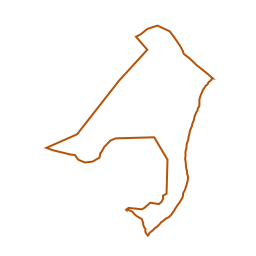 Malgretoute, Soufrière, Saint Lucia (Albers equal-area conic projection), rotated 186°
{"feature_id": "8701671B92996832063401", "entity_name": "Malgretoute", "entity_type": "district", "adm_level": 2, "iso_a3": "LCA", "parent_name": "Saint Lucia", "parent_adm1": "Soufrière", "projection": "albers", "projection_center": [-61.062, 13.843], "detail": "fine", "context": "isolated", "style": "outline", "palette": "amber", "viewbox_px": 256, "rotation_deg": 186, "n_neighbors": 0, "source": "geoboundaries", "source_scale": "gbopen_adm2", "svg_char_len": 3453}
<svg xmlns="http://www.w3.org/2000/svg" viewBox="0 0 256 256"><g transform="rotate(186 128 128)"><path d="M86.2,64.2L85.7,61.3L87.0,58.0L89.3,55.6L98.1,56.0L103.3,50.3L105.6,48.6L115.4,48.6L119.0,48.6L121.3,46.6L120.7,46.1L120.7,46.3L120.1,47.3L118.4,46.4L118.0,46.2L117.2,46.0L115.5,45.5L113.8,44.2L112.7,43.1L111.7,42.4L110.4,41.5L109.5,41.0L108.7,40.7L107.5,40.1L107.1,40.0L104.9,38.9L104.1,37.6L103.9,37.1L102.9,35.1L102.9,33.7L101.4,30.7L100.8,30.2L100.3,29.9L100.0,28.1L100.1,27.9L99.9,27.5L99.9,26.6L99.1,25.2L97.1,23.1L96.7,23.6L96.3,24.1L96.2,24.4L96.1,24.7L96.0,25.1L95.9,25.6L95.7,25.8L95.3,26.3L94.8,26.8L94.4,27.2L94.3,27.3L93.7,27.8L93.4,28.1L93.2,28.4L92.7,28.8L92.4,29.2L92.1,29.6L91.7,30.0L91.4,30.4L91.0,30.9L90.8,31.3L90.6,31.5L90.2,31.7L90.0,31.8L89.8,32.0L89.4,32.3L89.1,32.6L88.8,33.0L88.5,33.3L88.2,33.6L87.7,34.2L87.5,34.5L86.9,35.1L86.4,35.9L86.0,36.3L85.8,36.7L85.3,37.6L85.0,37.9L84.2,38.6L83.2,39.4L82.5,40.2L81.6,41.1L81.0,41.7L80.5,42.1L79.6,42.6L78.9,43.1L78.1,43.5L77.7,44.0L77.2,44.6L76.5,45.5L75.9,46.4L75.4,47.2L74.8,48.2L74.6,48.7L73.6,50.5L73.0,51.8L72.2,53.4L71.0,55.9L70.4,56.9L69.7,58.1L69.2,59.0L68.3,60.7L67.4,62.6L66.7,64.2L66.4,65.2L66.2,66.2L66.2,67.1L66.4,68.2L66.4,68.6L66.2,69.4L66.0,69.7L65.8,70.4L65.1,71.7L64.6,73.2L64.5,73.7L64.5,74.8L64.4,75.3L64.1,76.1L63.9,76.4L63.9,77.1L63.8,77.6L63.8,78.3L63.7,78.7L63.6,79.3L63.3,80.4L63.3,80.8L63.1,81.5L63.2,82.1L63.2,82.9L63.2,83.2L63.1,83.6L63.1,84.2L63.2,84.8L63.3,85.6L63.5,86.7L63.8,87.4L64.1,87.9L64.3,88.2L64.4,88.9L64.6,90.3L64.8,91.0L64.8,91.4L65.1,92.0L65.3,92.5L65.5,92.7L65.5,93.2L65.8,93.8L66.1,95.0L66.3,95.9L66.5,96.4L66.6,97.1L66.6,97.4L66.6,97.9L66.8,98.7L67.3,100.9L67.5,101.7L67.6,102.0L67.7,102.3L67.8,102.7L67.9,103.2L68.0,103.6L68.0,104.2L68.0,104.9L67.9,105.7L67.9,106.4L67.9,106.8L68.0,107.4L68.0,107.8L68.2,108.5L68.3,109.7L68.3,110.4L68.3,111.2L68.1,112.1L68.1,112.6L67.9,113.5L67.8,114.8L67.8,115.7L67.9,116.6L68.0,117.4L67.9,118.0L67.9,118.5L67.6,119.4L67.6,119.8L67.3,121.1L66.9,122.3L66.8,123.6L66.8,124.0L66.9,124.7L66.8,125.7L66.6,126.9L66.4,127.9L66.5,128.1L66.4,128.7L66.3,129.6L66.2,129.9L66.2,130.4L66.1,131.6L65.8,132.8L65.4,134.1L65.2,134.9L64.8,136.0L64.5,137.3L64.5,138.3L64.4,139.3L64.0,140.5L63.6,141.8L63.4,142.3L63.4,143.0L63.2,144.0L63.2,144.8L63.1,145.6L62.9,146.3L62.8,146.6L62.8,147.1L62.7,147.6L62.5,148.1L62.5,148.4L62.2,149.0L62.0,149.8L61.9,150.2L61.2,151.7L61.1,152.0L60.8,152.7L60.7,153.5L60.6,154.4L60.6,154.7L60.4,155.3L60.2,155.8L59.9,156.1L59.7,156.6L59.5,157.1L59.4,157.5L59.3,158.1L59.5,158.9L59.6,159.8L59.5,160.4L59.6,160.8L59.8,161.2L59.8,161.8L60.0,163.2L59.9,163.8L59.8,164.3L59.7,165.5L59.5,166.3L59.2,167.8L59.0,168.8L58.5,170.3L58.0,171.6L57.7,172.2L57.8,172.5L57.7,172.9L57.4,173.8L57.1,174.3L56.5,175.4L55.8,176.9L55.4,177.6L55.2,178.1L54.4,178.8L53.7,179.5L53.5,179.8L53.2,180.4L53.1,180.9L52.9,181.6L52.5,182.2L52.1,182.4L51.5,182.9L51.3,183.2L50.9,183.8L50.5,184.3L50.2,184.5L49.9,184.8L49.9,185.3L49.9,185.7L49.8,185.9L49.4,186.2L49.2,186.2L48.9,186.2L54.7,190.3L66.8,198.0L73.6,203.4L80.2,207.4L81.8,210.8L85.1,215.5L91.9,223.5L96.8,228.6L97.4,228.8L109.5,232.9L119.0,228.6L125.2,222.5L129.6,219.6L117.0,207.8L141.8,174.2L178.0,116.4L207.1,99.7L199.5,97.9L182.2,95.6L178.0,95.6L174.1,91.2L167.2,89.2L159.7,90.9L153.2,95.6L152.9,100.0L152.5,100.1L149.6,106.7L144.1,113.7L139.2,116.4L101.0,121.5L85.4,100.6L82.8,66.7L86.2,64.2Z" fill="none" stroke="#b45309" stroke-width="2"/></g></svg>